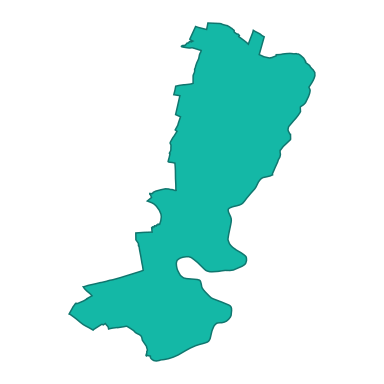 Bogata, Mures, Romania (Albers equal-area conic projection)
{"feature_id": "2599482B98155528688237", "entity_name": "Bogata", "entity_type": "district", "adm_level": 2, "iso_a3": "ROU", "parent_name": "Romania", "parent_adm1": "Mures", "projection": "albers", "projection_center": [24.128, 46.48], "detail": "fine", "context": "isolated", "style": "filled", "palette": "teal", "viewbox_px": 384, "rotation_deg": 0, "n_neighbors": 0, "source": "geoboundaries", "source_scale": "gbopen_adm2", "svg_char_len": 5929}
<svg xmlns="http://www.w3.org/2000/svg" viewBox="0 0 384 384"><path d="M220.3,322.7L221.9,322.7L224.3,322.1L226.5,321.1L228.7,319.2L230.4,317.0L231.1,315.3L231.6,310.5L231.5,308.5L231.1,307.1L230.3,306.0L229.0,305.1L221.8,302.1L213.1,298.8L211.3,297.9L209.5,296.3L205.2,291.9L203.4,289.8L202.2,288.0L201.7,286.7L201.3,284.3L200.6,281.7L200.1,280.7L199.4,280.1L197.2,279.5L186.6,278.6L183.8,278.0L183.0,277.5L181.8,276.6L180.4,275.4L179.1,273.2L177.6,270.3L177.0,268.5L176.5,266.0L176.3,263.1L177.0,260.5L178.4,259.2L180.4,258.0L183.0,257.2L186.4,256.7L188.8,256.7L191.3,257.6L193.9,259.5L197.7,262.6L204.3,269.1L205.7,270.3L207.1,271.0L209.6,271.7L211.7,271.8L218.3,271.4L221.9,270.8L225.2,270.4L229.9,270.5L233.4,270.0L242.2,266.2L244.2,264.9L245.2,264.0L245.8,263.0L246.5,260.6L246.5,259.1L246.4,257.9L246.1,256.9L245.6,256.2L244.0,254.8L241.3,252.9L236.3,250.0L232.6,247.3L230.9,245.6L229.7,244.1L229.0,242.6L228.0,239.9L228.0,238.6L228.7,234.2L230.7,224.6L231.1,222.3L231.3,220.5L231.2,218.8L230.7,217.0L228.5,212.1L228.1,210.0L228.3,209.3L228.6,208.8L229.1,208.3L230.2,207.7L232.3,206.9L234.0,206.4L236.7,205.8L239.5,205.0L241.6,204.0L242.9,203.0L244.7,200.9L246.6,198.3L250.8,193.3L254.8,188.8L256.0,187.0L257.9,183.1L258.5,181.9L260.4,179.4L261.6,178.4L262.9,177.6L267.1,176.7L270.3,175.9L271.9,175.1L272.6,174.9L272.5,173.5L273.7,170.9L275.0,167.8L277.6,162.1L278.3,159.9L279.9,157.0L280.2,155.6L280.4,154.7L280.4,154.1L280.3,153.5L280.1,152.4L280.1,150.3L280.5,150.1L283.3,146.4L286.1,143.8L290.5,139.6L290.6,138.8L290.5,134.3L289.9,134.1L288.2,130.8L288.1,130.1L288.0,129.5L288.1,128.8L288.6,126.7L293.4,121.0L296.0,118.1L298.1,115.4L299.6,113.2L300.5,111.6L300.3,107.8L300.4,107.2L300.5,106.7L302.9,105.2L303.9,104.4L305.5,102.7L307.5,98.6L308.6,96.3L309.3,94.3L309.7,93.0L310.0,91.4L310.1,90.3L309.9,89.4L308.9,87.2L311.5,83.3L313.1,80.5L314.1,78.3L314.9,75.8L314.8,72.5L313.1,69.8L312.4,69.2L310.4,67.0L309.9,66.0L309.5,65.4L306.0,62.8L305.5,62.3L305.6,61.9L305.7,61.7L305.7,61.4L305.1,60.8L305.0,60.3L303.7,58.2L303.2,57.7L300.5,55.3L298.6,54.1L298.3,54.0L297.1,54.0L296.2,53.6L294.7,53.8L293.1,53.8L292.4,53.6L290.0,53.4L286.4,53.6L282.7,54.0L281.8,54.2L281.3,54.4L279.0,54.6L276.2,54.7L276.1,55.4L276.2,55.6L276.2,55.8L275.8,56.0L275.2,56.2L274.8,56.4L272.1,57.4L271.9,57.7L271.4,57.6L270.2,57.8L269.9,58.1L263.2,56.6L263.2,56.4L259.2,54.6L264.2,36.8L262.0,35.6L260.4,34.2L259.2,33.5L254.9,31.3L253.3,30.3L252.7,32.7L250.3,38.8L248.3,44.2L246.8,42.7L243.9,40.4L241.5,38.6L238.7,36.6L239.4,35.5L238.2,34.2L237.9,34.1L236.7,33.9L234.6,32.4L234.2,32.0L234.1,31.7L234.2,30.9L234.1,30.4L233.6,29.9L232.3,29.0L232.1,28.6L231.7,28.3L231.2,28.1L230.1,27.3L228.7,26.4L227.0,25.5L226.5,25.5L223.8,24.8L222.5,24.4L221.0,23.7L219.7,23.5L207.9,23.0L207.4,25.7L206.6,29.5L198.2,27.4L195.6,26.5L189.8,39.2L191.3,40.4L192.8,41.1L191.4,41.9L191.1,41.9L190.2,41.5L189.7,41.5L189.3,41.7L189.0,42.3L188.4,43.0L187.2,43.0L185.1,45.4L184.3,45.3L183.8,45.9L183.0,45.4L182.5,45.8L182.0,45.8L181.4,46.3L181.6,46.7L183.1,47.1L186.7,47.7L189.3,48.0L190.1,48.0L191.2,47.8L192.5,47.8L201.2,50.5L200.8,51.9L200.0,53.4L199.5,54.6L198.8,58.1L198.6,58.8L197.8,60.6L196.9,62.5L196.6,63.3L195.9,65.3L195.2,68.0L194.6,69.2L194.6,69.7L194.7,70.1L194.6,71.6L194.3,72.7L193.2,75.2L193.1,76.2L193.1,83.3L191.3,83.9L189.6,84.2L184.3,84.8L184.1,84.7L179.2,85.4L175.7,86.2L175.0,90.0L173.8,94.7L179.9,95.7L175.6,114.6L180.5,116.8L178.3,123.3L177.8,125.2L175.2,129.9L177.0,131.3L174.1,136.0L172.9,137.6L172.3,138.6L170.5,141.9L170.2,142.5L170.2,143.5L170.8,144.6L171.0,145.7L170.9,147.1L170.9,149.3L170.7,150.7L170.1,151.9L169.4,153.1L169.4,153.4L169.6,153.7L170.0,153.9L169.1,157.8L168.5,159.8L168.3,160.8L168.1,161.4L168.1,161.6L168.9,162.1L172.3,162.5L174.9,163.1L175.2,166.4L175.4,170.6L175.5,178.6L175.8,184.5L175.9,189.5L176.1,190.4L175.2,190.5L173.8,190.1L172.5,189.6L170.3,189.5L168.7,189.0L165.4,188.8L161.1,189.7L155.8,191.1L153.3,192.3L152.9,192.8L152.7,193.3L152.2,193.6L149.8,193.5L149.9,194.4L150.4,194.7L151.1,196.3L151.5,197.5L147.3,201.0L151.9,202.8L154.0,204.0L155.7,205.5L156.6,206.5L159.4,210.4L161.0,214.3L161.3,216.8L160.8,220.7L159.6,224.4L158.1,224.1L158.0,224.8L156.6,225.0L156.3,225.9L154.7,225.8L154.6,226.2L154.2,226.3L154.2,226.8L152.5,226.9L152.5,227.8L151.7,227.8L152.1,232.1L146.7,232.3L146.1,232.3L143.5,232.4L138.0,232.8L136.5,232.9L136.5,233.0L135.8,233.0L135.9,239.8L137.6,242.2L138.4,243.5L138.6,244.8L138.4,245.0L138.9,246.0L138.7,246.1L139.1,246.6L139.5,249.5L140.8,256.3L142.0,263.4L142.5,265.7L143.2,270.3L141.3,271.1L138.8,271.9L120.5,277.6L115.9,278.9L112.6,279.8L109.7,280.3L107.3,281.0L106.8,281.2L101.8,282.4L100.3,282.6L95.4,283.8L88.1,285.4L83.8,286.8L83.3,286.8L83.9,287.8L84.8,289.0L86.9,291.1L89.6,293.3L90.7,294.3L92.0,295.8L87.0,298.6L87.2,298.8L83.6,300.9L77.8,303.4L76.4,303.6L76.0,303.2L75.0,304.1L74.3,305.2L72.8,307.2L72.4,308.1L69.1,314.0L70.3,314.5L73.9,317.1L76.4,319.0L80.3,322.3L83.3,324.6L85.9,326.1L89.0,327.7L93.1,330.1L93.6,329.5L101.4,324.5L101.9,324.4L102.3,324.4L102.9,324.7L103.3,324.9L105.3,323.5L106.2,324.7L107.9,326.5L108.3,327.5L108.6,329.0L110.5,328.5L112.5,328.1L117.2,327.5L117.5,327.7L123.9,326.7L126.4,326.2L127.1,326.4L130.2,328.3L133.6,330.6L134.1,331.1L134.5,331.6L135.2,332.3L135.8,332.8L137.6,333.8L139.5,334.7L140.9,335.8L141.7,337.2L142.4,340.3L142.6,340.6L146.5,346.4L146.6,347.2L147.3,349.5L147.4,350.4L146.8,351.3L146.8,352.7L146.6,353.5L146.3,354.2L146.0,355.4L146.1,355.6L146.5,356.0L146.8,355.8L147.2,355.3L147.9,355.6L148.6,355.7L148.8,355.8L150.4,356.1L150.4,357.5L151.1,358.6L152.1,359.5L153.6,360.5L154.5,360.7L156.3,361.0L159.2,360.5L160.8,359.9L163.9,359.6L168.4,358.7L173.3,357.1L178.1,355.0L186.0,350.4L190.4,348.0L195.6,345.7L199.6,344.4L202.4,343.7L205.4,342.8L207.3,342.1L208.6,341.2L209.4,340.0L210.1,338.7L211.8,331.5L212.3,329.9L213.9,326.2L214.6,325.2L216.6,323.3L218.1,322.9L220.3,322.7Z" fill="#14b8a6" stroke="#0f766e" stroke-width="1.5"/></svg>